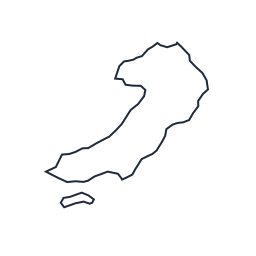 Söderköping, Östergötland, Sweden, rotated 112°
{"feature_id": "70781695B48628112229025", "entity_name": "Söderköping", "entity_type": "district", "adm_level": 2, "iso_a3": "SWE", "parent_name": "Sweden", "parent_adm1": "Östergötland", "projection": "orthographic", "projection_center": [16.491, 58.412], "detail": "fine", "context": "isolated", "style": "outline", "palette": "slate", "viewbox_px": 256, "rotation_deg": 112, "n_neighbors": 0, "source": "geoboundaries", "source_scale": "gbopen_adm2", "svg_char_len": 1159}
<svg xmlns="http://www.w3.org/2000/svg" viewBox="0 0 256 256"><g transform="rotate(112 128 128)"><path d="M199.2,187.7L200.4,174.6L200.9,164.2L197.0,156.6L194.6,149.0L191.8,145.3L185.6,141.0L180.9,135.8L176.1,130.6L174.2,120.2L177.5,114.6L178.0,114.2L174.6,110.9L169.5,106.5L163.4,105.8L151.7,103.7L146.3,98.9L143.0,95.7L138.3,93.1L128.1,91.3L121.3,90.6L114.7,92.0L108.2,88.0L104.6,83.7L102.1,79.0L97.7,74.3L89.8,73.2L81.4,71.0L76.7,73.1L68.4,71.3L62.3,68.3L54.3,73.0L49.2,79.5L45.8,88.5L42.5,95.8L37.4,98.6L32.3,109.9L30.6,114.4L32.3,114.6L38.4,121.9L39.1,128.8L38.2,132.6L43.4,135.7L47.7,139.0L56.1,142.0L59.7,146.4L62.6,148.6L65.9,153.3L67.7,156.6L73.9,159.2L87.0,158.4L84.8,151.2L88.8,146.5L87.0,139.6L84.1,131.9L86.3,126.1L92.5,125.0L102.0,127.6L110.3,132.3L120.9,134.2L126.7,135.3L134.3,138.2L143.1,142.2L146.7,145.4L154.0,151.6L161.6,157.4L163.8,162.5L169.7,167.6L174.1,172.7L177.4,179.3L182.5,179.6L191.2,180.3L199.2,187.7ZM207.0,132.9L205.3,139.5L205.3,146.7L210.4,152.5L213.4,155.8L217.0,161.6L222.5,162.3L225.4,157.5L221.3,152.8L217.7,148.8L212.9,141.6L212.5,135.1L210.7,133.2L207.0,132.9Z" fill="none" stroke="#1e293b" stroke-width="2"/></g></svg>